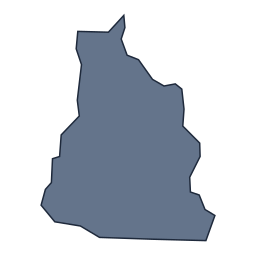 Cook, Georgia, United States of America (Robinson projection)
{"feature_id": "52423323B52740470378798", "entity_name": "Cook", "entity_type": "district", "adm_level": 2, "iso_a3": "USA", "parent_name": "United States of America", "parent_adm1": "Georgia", "projection": "robinson", "projection_center": [-83.428, 31.189], "detail": "fine", "context": "isolated", "style": "filled", "palette": "slate", "viewbox_px": 256, "rotation_deg": 0, "n_neighbors": 0, "source": "geoboundaries", "source_scale": "gbopen_adm2", "svg_char_len": 536}
<svg xmlns="http://www.w3.org/2000/svg" viewBox="0 0 256 256"><path d="M123.8,15.4L108.4,32.2L77.8,31.4L76.2,48.8L81.5,64.6L77.3,100.2L79.3,116.0L61.2,134.9L59.6,156.5L52.5,158.7L51.4,182.6L45.4,189.4L41.1,205.2L54.8,221.8L80.4,226.0L99.5,237.4L152.5,239.2L205.9,240.6L214.9,215.5L205.0,209.5L199.2,195.0L190.4,192.0L189.7,177.2L200.1,156.5L199.7,143.1L182.8,126.1L184.0,109.1L181.8,89.1L175.3,83.9L164.0,86.0L152.5,79.4L138.5,59.7L127.1,55.2L121.2,39.0L124.9,27.6L123.8,15.4Z" fill="#64748b" stroke="#1e293b" stroke-width="1.5"/></svg>